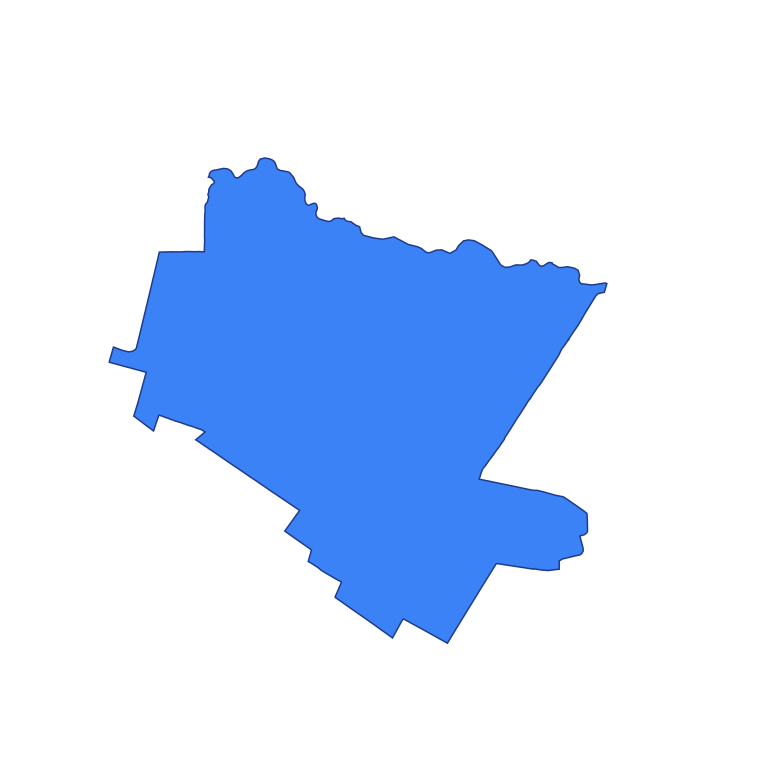 the district of Comisani, Dâmbovita, Romania, rotated 337°
{"feature_id": "2599482B43489877129749", "entity_name": "Comisani", "entity_type": "district", "adm_level": 2, "iso_a3": "ROU", "parent_name": "Romania", "parent_adm1": "Dâmbovita", "projection": "orthographic", "projection_center": [25.562, 44.869], "detail": "fine", "context": "isolated", "style": "filled", "palette": "blue", "viewbox_px": 768, "rotation_deg": 337, "n_neighbors": 0, "source": "geoboundaries", "source_scale": "gbopen_adm2", "svg_char_len": 6027}
<svg xmlns="http://www.w3.org/2000/svg" viewBox="0 0 768 768"><g transform="rotate(337 384 384)"><path d="M462.0,619.8L470.1,622.1L472.9,623.0L476.2,615.3L480.0,614.8L489.1,616.3L497.9,617.9L500.0,617.2L502.0,615.7L502.8,613.9L503.3,611.8L504.9,600.5L509.8,601.0L512.3,600.2L513.4,599.6L514.2,598.2L518.4,587.7L520.2,582.5L518.5,579.2L515.5,574.3L505.6,558.7L504.8,557.8L497.7,552.9L493.4,549.4L488.3,545.3L482.9,541.4L481.3,540.9L478.5,539.3L471.7,534.6L464.6,529.6L456.6,524.1L447.8,518.0L434.4,508.8L438.9,503.6L441.1,501.3L442.3,500.3L442.8,500.1L443.6,499.7L444.1,499.4L444.8,499.2L446.4,498.2L447.7,497.4L448.2,497.1L449.0,496.6L450.1,495.9L455.8,492.6L457.3,491.8L458.6,490.9L460.4,489.8L461.0,489.4L461.7,489.0L462.4,488.6L463.2,488.1L464.7,487.3L466.3,486.3L468.1,485.1L472.9,482.1L473.2,481.9L473.6,481.5L473.9,480.9L480.0,476.8L486.7,472.2L486.8,472.1L487.5,471.6L488.0,471.3L488.6,470.9L489.3,470.3L491.2,469.0L491.3,468.9L491.7,468.6L492.0,468.4L492.5,468.1L492.8,467.9L495.1,466.4L495.8,465.9L496.1,465.7L496.3,465.6L496.7,465.4L499.3,463.6L499.8,463.2L504.4,460.1L505.4,459.5L506.0,459.0L511.8,454.9L512.0,455.2L512.8,454.7L516.3,452.2L525.3,446.3L527.1,445.6L527.6,445.2L529.6,444.0L538.2,438.1L540.1,436.8L545.0,433.5L548.2,431.2L548.6,431.0L551.5,429.0L555.8,426.0L561.4,421.1L564.7,419.3L565.1,419.1L569.4,416.4L570.6,415.7L571.2,415.5L570.9,415.2L574.2,413.1L578.9,410.0L585.9,405.6L586.7,404.9L587.6,404.3L590.5,402.2L592.8,400.4L598.0,396.5L600.2,395.0L607.6,389.7L611.2,387.2L613.6,385.5L616.5,384.5L622.7,385.7L628.4,378.6L627.0,377.4L614.2,374.2L604.4,368.5L603.9,366.1L604.3,363.6L606.6,360.4L607.1,355.2L604.7,352.0L601.6,349.7L598.6,347.7L593.6,346.4L590.4,345.0L588.4,342.4L586.0,339.2L586.1,338.2L584.8,337.3L583.0,336.5L580.4,336.9L577.3,337.5L574.5,337.0L573.5,335.6L572.7,332.8L572.1,330.4L571.2,329.7L569.7,328.3L567.6,327.1L565.0,328.6L562.5,328.9L558.1,328.6L556.1,327.8L551.9,325.9L545.7,325.5L545.2,325.4L540.9,323.9L538.0,320.1L535.5,305.3L534.8,303.0L528.4,294.0L523.1,287.4L518.1,284.4L513.1,283.3L506.5,285.9L502.7,288.8L495.7,289.5L489.6,283.1L484.4,281.2L477.3,281.0L474.3,279.3L471.5,274.0L468.2,270.5L460.8,265.0L456.0,259.0L450.6,252.4L444.6,251.3L439.3,250.2L431.2,245.3L423.2,239.1L422.1,235.6L423.0,229.7L419.9,226.6L417.0,221.7L414.1,220.1L412.3,218.1L412.2,216.0L409.2,215.2L407.8,213.9L405.8,213.1L402.4,212.2L401.1,212.6L399.6,213.2L397.7,213.1L396.4,212.7L394.2,211.1L389.0,206.8L387.6,204.6L387.4,202.5L388.3,199.4L390.7,197.1L391.7,195.3L392.0,192.0L390.9,190.5L388.4,190.0L385.2,190.2L384.0,189.7L382.8,187.6L382.8,184.7L383.3,182.9L384.4,180.7L385.5,178.7L385.8,176.8L385.8,175.0L385.3,172.7L384.6,171.3L382.9,168.4L381.7,165.1L381.5,162.3L381.6,158.6L379.7,152.6L378.5,151.2L375.1,148.9L371.9,146.8L370.0,144.7L369.8,143.7L370.0,140.9L370.1,137.3L369.8,136.0L368.4,133.8L366.9,132.3L363.5,129.9L361.8,129.1L360.5,129.1L358.2,128.6L357.1,129.1L355.4,130.1L354.1,131.9L352.0,134.1L350.1,135.2L349.0,135.5L347.1,135.4L343.5,134.5L340.3,134.3L337.3,135.0L333.4,136.6L331.1,137.1L329.4,136.9L327.9,135.9L327.3,134.9L327.2,132.2L326.4,128.2L325.3,126.4L323.7,124.6L320.4,122.8L312.7,121.3L310.2,120.6L308.2,120.7L306.9,121.2L305.6,122.1L304.3,124.1L303.2,125.0L304.0,125.6L305.6,126.9L306.5,130.1L306.8,130.5L306.6,132.0L305.8,132.9L305.1,133.1L303.8,133.1L303.4,133.1L302.4,133.8L301.3,134.4L300.3,135.3L299.7,135.7L299.2,136.1L298.8,136.5L298.3,137.6L297.5,139.0L297.1,139.6L296.1,140.5L296.0,140.9L295.9,141.4L295.9,142.1L296.0,142.6L296.0,142.9L295.8,143.2L295.7,143.4L292.3,147.8L289.8,148.9L288.4,151.1L286.7,155.5L286.4,156.1L285.9,156.7L285.1,158.4L282.0,165.1L279.2,171.7L275.7,179.8L275.6,180.4L275.6,180.5L270.2,192.1L265.5,189.8L264.5,189.4L263.9,189.3L261.2,188.1L260.0,187.6L259.3,187.3L256.3,185.9L253.9,184.9L250.6,183.7L250.1,183.6L248.6,183.0L240.0,179.3L228.7,174.8L223.9,181.4L203.0,209.8L178.0,243.6L169.8,254.5L168.7,255.1L167.8,255.2L165.7,255.5L163.9,255.3L162.5,255.0L161.1,254.4L156.2,250.7L152.6,247.3L149.4,244.3L140.2,255.7L139.6,256.6L142.2,258.7L169.7,280.3L159.9,292.7L150.1,305.1L141.1,315.8L146.1,324.4L153.5,337.2L164.6,324.7L164.9,325.0L167.0,326.7L168.6,328.3L168.9,328.6L169.6,329.3L171.0,330.4L171.3,330.7L171.8,331.1L172.0,331.4L172.6,331.9L173.2,332.6L173.5,332.9L173.9,333.2L174.5,333.8L175.2,334.4L175.9,335.0L176.5,335.6L176.8,336.0L177.9,336.9L178.2,337.1L179.0,337.8L179.5,338.2L180.1,338.7L180.7,339.2L181.1,339.6L182.2,340.5L182.6,340.9L183.5,341.8L184.2,342.4L184.7,342.8L185.0,343.0L185.7,343.6L185.9,343.8L186.4,344.3L186.7,344.7L187.7,345.6L188.4,346.2L189.2,346.8L189.9,347.4L190.8,348.1L191.2,348.4L191.5,348.8L192.3,349.4L192.9,350.0L193.6,350.7L194.3,351.3L195.0,352.0L195.5,352.4L196.0,352.8L196.2,353.1L197.0,353.7L197.3,354.0L197.8,354.5L198.0,354.7L198.2,354.9L198.5,355.2L198.8,355.6L200.4,358.0L200.5,358.2L189.2,361.7L188.9,361.8L189.3,362.3L194.6,370.6L200.2,379.3L200.4,379.5L207.5,390.7L214.0,400.9L214.2,401.1L219.7,409.7L224.3,416.9L224.7,417.5L225.0,417.9L225.4,418.5L225.5,418.6L226.1,419.7L226.5,420.2L226.6,420.4L229.9,425.4L230.0,425.7L234.9,433.3L240.5,442.1L240.7,442.3L256.9,467.4L256.6,467.6L235.4,480.5L235.2,480.6L236.5,482.8L242.9,493.2L247.1,499.8L252.2,508.1L252.4,508.4L247.3,514.8L245.6,516.9L244.9,517.9L245.5,518.5L246.6,520.0L247.8,521.7L250.0,524.9L251.5,527.1L252.4,528.9L252.9,530.0L253.3,530.8L256.2,534.9L259.0,538.6L261.2,541.6L263.2,544.3L265.1,546.7L267.2,549.1L267.4,549.4L267.4,549.6L267.3,549.9L265.0,552.1L261.8,555.2L258.1,558.7L255.7,561.0L255.8,561.5L257.6,564.4L262.3,572.0L265.5,577.2L268.0,581.1L269.4,583.4L272.3,588.0L276.8,595.2L280.5,601.2L284.3,607.5L291.1,618.6L291.5,619.2L292.6,621.1L293.0,620.8L305.5,610.9L309.4,607.9L310.4,608.2L325.7,627.6L341.1,647.4L341.5,647.1L354.9,637.4L361.9,632.4L390.3,612.2L390.5,612.0L417.1,593.3L418.1,593.6L431.5,601.9L442.1,608.4L446.2,611.0L449.4,612.9L449.7,612.6L451.2,613.6L453.6,615.1L455.2,616.1L457.2,617.3L459.4,618.4L460.2,618.7L461.1,619.3L462.0,619.8Z" fill="#3b82f6" stroke="#1e3a8a" stroke-width="1.5"/></g></svg>